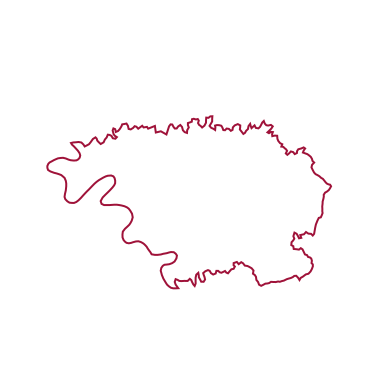 the district of Concórdia, Santa Catarina, Brazil, rotated 26°
{"feature_id": "56859067B26728164460240", "entity_name": "Concórdia", "entity_type": "district", "adm_level": 2, "iso_a3": "BRA", "parent_name": "Brazil", "parent_adm1": "Santa Catarina", "projection": "natural_earth1", "projection_center": [-52.02, -27.242], "detail": "fine", "context": "isolated", "style": "outline", "palette": "rose", "viewbox_px": 384, "rotation_deg": 26, "n_neighbors": 0, "source": "geoboundaries", "source_scale": "gbopen_adm2", "svg_char_len": 5736}
<svg xmlns="http://www.w3.org/2000/svg" viewBox="0 0 384 384"><g transform="rotate(26 192 192)"><path d="M247.2,256.9L249.0,254.9L248.5,252.2L250.1,251.4L252.1,252.0L253.8,251.7L255.2,250.0L256.3,248.5L258.2,249.4L260.0,249.3L260.6,246.7L261.3,244.2L263.1,242.8L263.2,240.2L261.5,239.6L260.6,237.6L263.0,235.2L265.6,236.4L267.0,233.5L269.2,233.7L271.7,235.0L274.3,234.2L276.1,234.2L279.0,234.4L281.7,235.6L282.6,238.7L284.9,239.1L286.7,240.2L288.4,242.8L290.8,243.9L292.9,245.9L295.3,246.0L296.7,244.2L298.1,242.2L299.8,241.2L301.2,240.1L302.4,238.1L304.4,237.3L306.8,236.2L308.6,234.7L310.3,234.2L311.9,232.6L313.4,231.4L315.4,228.8L317.0,227.3L318.5,226.0L319.9,224.3L320.7,222.6L322.4,221.6L325.0,222.6L327.2,224.0L327.3,221.6L328.8,219.4L330.4,216.2L332.5,214.4L333.4,211.4L333.5,208.6L333.2,205.8L332.3,204.1L330.6,203.5L329.9,201.2L328.3,199.5L326.6,199.1L324.8,199.5L323.1,198.3L320.9,198.6L318.9,197.0L316.5,195.1L314.4,194.8L313.4,196.9L310.8,197.7L308.4,198.6L306.8,196.3L304.5,196.2L303.5,193.5L304.2,191.2L304.4,189.1L302.5,187.3L301.9,183.6L304.4,183.7L306.5,185.1L308.5,186.7L310.3,185.3L308.2,183.3L309.6,182.1L311.2,180.9L312.0,178.0L314.8,178.4L317.4,177.4L319.6,178.2L320.1,176.1L319.3,173.3L318.4,170.2L317.6,166.9L317.3,162.9L317.3,159.7L318.9,158.3L318.8,155.7L318.6,153.7L317.5,152.1L316.7,150.3L315.4,147.9L314.5,145.3L313.6,143.3L313.1,140.6L312.5,138.4L311.6,136.7L311.9,134.2L313.1,132.5L314.1,130.3L314.4,128.3L314.5,125.9L312.9,124.9L311.3,125.3L309.5,125.3L307.8,124.7L306.0,123.8L303.8,122.8L301.9,122.7L299.6,122.0L297.2,121.8L295.3,121.8L293.2,121.0L290.6,119.1L288.6,117.5L288.0,114.9L288.9,112.0L286.6,111.2L285.4,109.7L283.3,108.3L280.8,107.7L279.1,107.4L277.4,107.6L274.4,107.9L274.2,105.6L274.6,103.3L272.8,103.0L271.1,105.0L268.8,107.0L268.5,109.1L269.2,111.0L267.7,112.9L265.5,111.8L263.1,112.2L262.4,114.6L261.4,116.8L259.4,116.2L259.4,113.3L257.8,112.4L256.0,112.0L254.3,111.4L252.4,112.0L252.2,109.5L249.8,109.5L247.2,108.3L245.5,106.8L243.9,104.1L241.7,105.0L239.7,106.6L238.6,104.9L238.4,102.7L236.7,103.3L235.4,105.4L233.7,105.3L234.6,102.9L235.5,100.2L235.8,97.6L233.5,97.1L231.3,98.9L229.5,99.4L227.4,98.6L225.4,96.7L224.7,98.7L224.7,101.0L224.6,103.6L223.8,105.7L221.3,106.4L219.0,104.7L217.5,108.5L215.9,107.0L214.4,105.3L213.9,108.0L214.7,110.9L213.8,113.3L213.7,115.6L212.7,117.3L210.1,116.0L207.6,114.8L207.0,112.9L206.2,111.0L203.4,110.9L201.2,113.4L200.4,116.0L201.2,118.4L200.1,120.0L197.5,119.1L195.3,119.8L194.6,122.0L193.0,122.6L191.0,120.7L189.3,119.6L187.2,120.0L185.1,120.9L183.6,122.2L184.7,123.7L185.6,126.1L183.4,125.8L181.1,125.9L178.8,124.9L179.0,122.6L179.2,119.8L178.1,117.5L177.1,115.0L175.3,116.0L174.3,118.1L172.2,118.9L173.0,121.0L174.2,123.6L174.1,126.9L172.8,129.6L170.7,128.8L169.0,128.6L167.2,127.4L166.8,124.9L165.2,123.9L163.7,125.1L161.5,125.4L160.1,126.6L161.0,128.9L159.5,130.5L158.1,131.8L159.0,133.7L160.8,135.4L160.6,138.6L161.6,141.1L159.2,141.4L156.8,140.5L154.5,137.9L152.1,136.9L150.8,139.2L150.4,141.6L148.7,142.5L146.7,141.5L144.7,140.0L143.1,140.6L142.6,143.0L143.8,151.5L137.4,151.1L133.4,154.4L129.7,148.9L124.8,154.3L123.0,153.2L120.2,155.2L118.2,154.3L115.9,158.7L113.4,157.7L111.6,158.0L111.0,160.2L109.5,162.6L107.4,163.1L105.4,160.6L103.1,159.2L101.3,160.6L99.6,161.8L99.8,163.9L99.5,167.1L98.8,169.6L97.2,171.4L95.4,169.2L93.5,169.3L93.7,171.5L95.0,173.0L96.2,174.4L97.9,175.3L100.4,175.6L99.8,177.7L97.2,178.4L95.1,176.9L93.0,176.8L91.2,177.4L91.4,180.4L90.7,183.0L90.8,186.1L88.9,188.9L86.3,188.1L84.3,187.3L82.9,185.8L81.3,185.2L79.7,187.8L79.1,191.5L78.5,194.2L77.2,196.0L75.6,198.1L73.6,196.9L70.9,196.0L68.1,196.8L65.7,198.3L63.6,199.5L61.8,201.0L63.3,202.0L66.0,202.8L68.8,203.9L71.3,204.9L73.9,206.4L75.5,208.1L76.0,210.4L75.4,212.6L74.3,214.2L72.1,215.5L69.1,216.6L67.0,217.0L63.8,217.2L61.1,217.8L59.0,219.0L56.8,220.5L55.3,222.2L53.9,223.9L52.3,226.2L51.1,227.8L50.5,229.6L50.6,232.1L51.5,233.8L53.0,235.3L55.7,235.6L59.6,235.2L62.5,234.6L64.7,234.3L67.1,234.1L69.5,234.7L71.3,235.2L73.7,237.3L75.2,239.4L76.5,242.1L77.9,246.0L78.7,249.5L79.6,252.3L81.3,254.0L84.0,255.0L86.5,255.3L88.5,254.6L90.8,253.5L92.4,251.7L93.6,249.3L94.8,245.9L95.6,243.0L96.5,240.0L97.3,237.5L98.3,234.7L99.0,232.5L99.7,230.3L100.7,227.3L101.8,224.7L103.1,222.2L105.9,218.0L107.6,215.8L109.2,214.3L112.1,212.6L114.5,212.4L116.4,213.5L118.0,215.5L119.1,217.9L119.1,220.2L118.5,223.0L117.4,226.6L116.5,229.2L115.2,232.8L114.1,236.1L113.9,240.2L115.9,242.3L118.7,242.3L121.4,241.0L123.6,239.9L125.5,238.8L127.4,237.7L130.0,236.4L132.4,235.6L134.6,235.0L137.5,234.4L140.2,234.3L142.4,234.7L144.6,235.8L147.6,237.8L149.8,240.7L150.4,244.2L150.3,246.8L150.0,248.9L149.1,251.4L147.9,254.4L147.2,257.9L148.1,260.6L149.5,263.3L151.6,265.2L153.5,266.0L155.4,266.4L157.7,265.8L159.6,264.4L161.0,263.0L163.3,261.0L165.4,259.8L167.9,259.4L170.2,259.5L171.8,259.8L173.6,260.4L175.3,261.1L177.1,262.3L179.3,263.5L181.1,264.4L183.0,265.7L186.1,264.8L188.6,263.6L191.4,261.8L193.3,260.1L194.7,259.1L196.2,258.0L197.9,256.4L199.4,255.2L202.0,254.1L204.4,254.6L206.3,255.7L207.1,258.5L206.8,262.1L205.4,264.6L203.2,266.9L200.9,268.4L199.1,269.5L198.1,271.2L197.7,273.7L198.4,276.5L200.1,278.4L201.4,279.9L202.8,281.1L204.1,282.3L205.9,283.5L208.2,285.0L210.2,286.2L212.5,286.9L215.1,287.3L217.4,286.8L219.3,285.9L221.8,284.5L217.9,282.4L215.9,280.4L215.5,277.5L217.7,277.3L219.5,277.5L221.4,276.8L224.0,275.3L227.1,273.8L228.1,271.0L230.0,271.5L231.3,272.7L233.7,274.5L235.6,275.3L235.4,272.7L234.1,270.1L232.8,267.4L232.1,264.4L233.1,261.9L234.6,263.9L235.6,265.7L237.8,267.2L239.6,268.6L241.8,267.6L242.1,264.9L240.5,262.9L238.9,261.4L237.6,260.0L238.7,257.4L240.6,255.2L242.5,255.1L244.6,256.6L247.2,256.9Z" fill="none" stroke="#9f1239" stroke-width="2"/></g></svg>